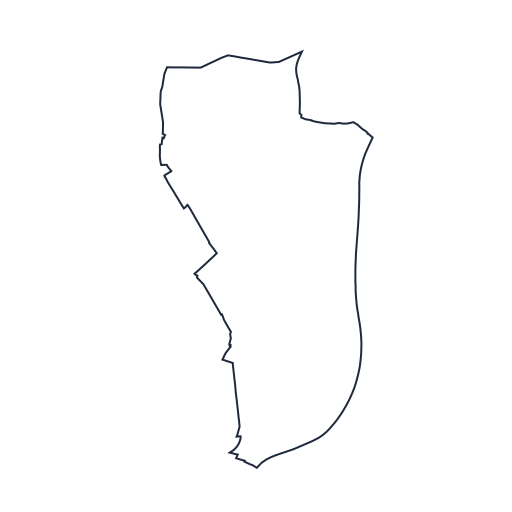 Heumen, Gelderland, Netherlands (orthographic projection), rotated 279°
{"feature_id": "6326949B5926695823703", "entity_name": "Heumen", "entity_type": "district", "adm_level": 2, "iso_a3": "NLD", "parent_name": "Netherlands", "parent_adm1": "Gelderland", "projection": "orthographic", "projection_center": [5.824, 51.781], "detail": "fine", "context": "isolated", "style": "outline", "palette": "slate", "viewbox_px": 512, "rotation_deg": 279, "n_neighbors": 0, "source": "geoboundaries", "source_scale": "gbopen_adm2", "svg_char_len": 5843}
<svg xmlns="http://www.w3.org/2000/svg" viewBox="0 0 512 512"><g transform="rotate(279 256 256)"><path d="M46.9,289.9L52.7,293.9L56.7,298.2L59.4,301.9L61.7,305.6L63.7,309.3L67.8,317.1L69.4,320.2L71.6,324.2L82.0,340.6L84.2,343.6L86.4,346.6L89.4,349.7L93.1,353.0L96.8,355.6L100.5,357.9L104.1,360.1L107.8,362.1L111.5,363.9L115.2,365.6L118.9,367.1L122.6,368.5L126.3,369.8L130.0,371.0L133.7,372.0L137.4,372.9L141.1,373.7L144.8,374.3L148.5,374.8L152.2,375.2L155.9,375.5L159.6,375.7L163.3,375.8L167.0,375.7L170.7,375.5L174.4,375.3L178.1,374.9L181.8,374.4L185.5,373.9L189.2,373.2L192.9,372.4L196.6,371.5L200.4,370.5L204.1,369.4L207.8,368.2L211.5,366.9L215.2,365.8L218.9,364.5L222.6,363.4L226.3,362.4L230.0,361.5L233.7,360.6L237.4,359.8L241.2,359.2L244.9,358.4L252.3,357.2L256.0,356.6L259.7,356.1L263.4,355.6L267.1,355.2L274.5,354.3L289.3,353.1L293.0,352.8L300.4,352.2L307.8,351.5L311.6,351.1L319.0,350.2L322.7,349.8L330.1,348.8L333.8,348.2L334.8,348.1L337.5,347.7L341.2,347.1L344.9,346.5L348.6,346.2L352.3,345.9L356.0,345.9L359.7,346.0L363.4,346.3L367.1,346.7L370.8,347.3L374.5,348.0L378.2,349.0L381.9,350.0L389.3,352.1L391.2,352.7L394.4,347.6L394.1,347.4L394.1,347.2L394.7,346.9L395.0,346.8L395.3,346.7L395.5,346.4L395.7,346.0L396.3,345.0L396.8,344.1L397.1,343.4L397.4,342.7L397.6,342.2L397.8,341.6L398.2,341.0L398.5,340.5L399.2,339.3L399.9,338.3L400.5,337.3L400.8,336.9L401.0,336.7L401.2,336.4L401.4,336.1L401.6,335.7L401.8,335.1L403.2,331.8L403.4,331.3L402.7,329.6L402.1,328.1L401.7,327.2L401.1,325.2L400.7,323.1L400.6,322.4L400.5,322.1L400.5,321.6L400.3,320.7L400.4,319.1L400.4,318.0L400.3,317.4L400.1,316.1L399.8,315.4L399.6,314.7L399.1,313.5L399.0,313.0L398.7,312.1L398.7,311.0L398.5,308.5L398.1,305.3L397.9,303.1L397.9,302.4L397.9,297.4L398.0,293.3L398.4,289.2L398.6,290.0L398.7,289.8L398.7,289.1L398.8,288.2L398.8,287.3L398.8,285.6L398.8,283.6L399.9,279.0L402.4,278.8L403.1,277.6L403.9,276.7L406.2,276.4L414.1,275.4L415.3,275.2L426.5,273.1L427.3,272.8L429.6,272.3L434.2,270.5L437.4,269.5L440.1,268.2L441.5,267.8L441.9,267.6L442.1,267.6L442.4,267.5L443.1,267.2L443.7,267.1L444.5,266.9L445.4,266.7L446.4,266.5L446.6,266.5L447.1,266.3L448.3,266.3L449.6,266.2L451.6,266.3L452.2,266.3L452.8,266.4L454.2,266.6L455.1,266.8L456.1,267.0L456.7,267.1L457.4,267.3L459.7,267.8L460.6,268.1L461.2,268.3L462.3,268.6L463.4,268.9L465.1,269.4L463.6,267.1L463.3,266.6L462.7,265.8L462.0,264.7L461.5,263.9L460.2,262.0L459.1,260.2L457.9,258.4L457.2,257.4L457.0,257.0L456.3,256.0L455.6,254.9L455.2,254.3L455.0,254.0L454.5,253.2L453.5,251.7L452.8,250.6L452.6,250.3L451.5,248.6L451.2,248.2L450.8,246.4L450.6,245.3L450.3,244.3L449.8,242.3L449.6,241.3L449.5,240.9L449.4,239.9L449.3,239.6L449.3,239.3L449.3,238.9L449.2,237.5L449.3,236.7L449.4,229.3L449.4,228.1L449.6,216.5L449.6,213.5L449.6,210.8L449.8,203.5L449.8,197.0L446.4,191.0L445.9,190.3L438.6,179.5L433.4,171.9L430.8,154.2L428.9,141.8L428.5,138.6L421.3,137.0L410.8,137.0L409.8,137.0L409.4,137.0L409.0,137.0L408.1,136.9L406.7,136.7L404.6,136.3L403.6,136.2L402.6,136.3L401.8,136.3L399.6,136.6L391.8,137.5L391.6,137.5L390.8,137.7L390.6,137.7L374.4,143.0L373.3,143.3L372.7,143.4L364.0,144.6L362.2,144.7L361.8,145.7L361.6,146.1L361.4,146.7L361.3,147.0L361.2,146.9L360.4,147.0L357.9,146.5L358.2,145.1L355.4,145.2L351.7,145.3L351.0,144.2L351.0,143.8L349.6,143.8L346.1,144.5L342.6,145.0L339.9,145.3L337.9,145.8L333.7,147.0L331.0,148.2L331.0,148.3L331.1,148.5L331.5,150.2L332.0,152.9L332.0,153.6L331.9,153.6L330.9,154.5L329.3,156.0L328.0,157.5L326.7,159.1L326.4,159.0L326.3,158.8L324.8,157.1L321.2,152.9L319.9,153.5L319.9,153.8L319.4,154.2L318.5,154.9L317.4,155.7L317.0,156.0L315.3,157.2L311.4,160.5L307.7,163.7L305.8,165.4L303.9,166.9L303.8,167.0L297.9,172.0L295.8,173.8L294.1,175.2L291.7,177.3L292.7,178.3L294.9,179.8L295.4,180.1L295.7,180.2L295.8,180.3L295.3,180.9L294.6,181.5L293.8,182.1L293.2,182.8L292.0,183.8L291.4,184.3L287.9,187.1L287.3,187.6L287.1,187.8L284.5,189.8L278.2,194.9L276.9,195.9L271.4,200.4L270.4,201.1L268.1,203.1L262.7,207.4L262.5,207.6L262.2,207.8L262.0,207.7L261.7,207.7L261.4,207.7L261.2,207.9L260.4,208.8L258.3,211.0L258.1,211.2L257.5,211.9L256.7,212.7L255.9,213.6L254.9,214.6L254.7,214.6L252.9,216.6L252.6,216.8L247.4,212.9L244.5,210.6L241.8,208.5L239.7,206.9L235.9,203.8L235.7,203.6L234.5,202.7L234.4,202.6L233.6,202.0L232.3,201.0L232.1,200.8L228.9,198.0L228.6,198.3L228.2,199.0L227.8,199.7L227.4,201.2L226.6,201.0L225.4,201.1L219.7,208.7L219.6,208.8L219.4,208.9L219.2,209.0L216.2,211.5L192.6,230.7L193.1,231.4L190.9,232.8L190.1,233.2L188.4,234.1L187.0,235.1L186.2,235.7L185.2,236.6L183.4,238.0L183.0,238.3L182.8,238.4L180.9,240.0L179.0,241.6L177.4,242.8L177.1,243.1L176.6,243.0L176.2,242.9L175.8,242.8L175.2,242.7L174.9,242.7L174.3,242.8L172.0,243.6L171.4,243.8L170.7,244.0L170.3,244.0L167.8,243.7L165.0,243.4L165.0,243.5L164.2,244.8L163.1,244.0L162.4,245.1L160.0,243.7L158.9,243.1L158.0,242.6L156.9,242.0L155.5,241.3L153.9,240.7L152.6,240.3L151.2,239.9L149.8,239.5L148.4,239.1L148.1,241.1L147.8,242.8L147.7,243.4L147.0,247.9L146.7,249.8L144.9,250.2L138.2,252.0L134.6,253.0L130.9,254.0L129.6,254.4L126.0,255.4L118.3,257.3L116.1,257.9L111.0,259.4L108.4,260.1L106.3,260.7L104.8,261.1L104.5,261.2L104.4,261.2L101.5,262.0L95.3,263.7L93.3,264.2L92.0,264.6L91.0,264.9L89.9,265.2L87.5,265.8L85.8,266.3L85.5,266.4L85.2,266.4L84.7,266.5L84.3,266.4L82.2,266.2L78.9,265.8L76.8,265.6L76.1,265.5L75.8,265.4L75.1,265.2L74.6,265.1L75.3,267.9L75.5,268.9L73.8,269.3L73.6,269.3L72.8,269.2L71.4,269.1L69.5,268.7L68.4,268.4L67.5,268.2L65.5,267.3L64.4,266.7L63.1,265.9L62.6,265.6L62.1,265.2L61.1,264.4L60.8,264.1L60.0,263.4L59.5,262.8L59.0,262.3L58.6,261.8L57.9,260.9L57.7,260.7L57.0,268.7L57.0,269.0L55.2,268.5L53.2,268.0L52.7,271.3L52.3,274.4L52.0,276.9L51.1,276.7L50.2,279.8L49.2,283.4L49.1,283.9L49.1,284.8L48.7,285.7L48.2,286.9L47.7,288.2L46.9,289.9Z" fill="none" stroke="#1e293b" stroke-width="2"/></g></svg>